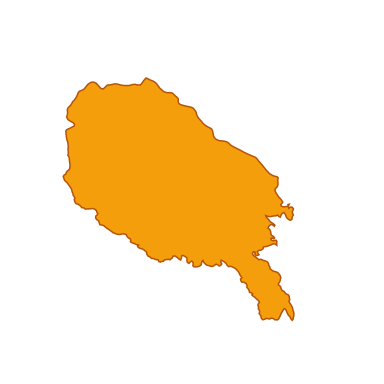 outline of Francisco Dumont, Minas Gerais, Brazil, rotated 118°
{"feature_id": "56859067B1416257735028", "entity_name": "Francisco Dumont", "entity_type": "district", "adm_level": 2, "iso_a3": "BRA", "parent_name": "Brazil", "parent_adm1": "Minas Gerais", "projection": "equal_earth", "projection_center": [-44.252, -17.434], "detail": "fine", "context": "isolated", "style": "filled", "palette": "amber", "viewbox_px": 384, "rotation_deg": 118, "n_neighbors": 0, "source": "geoboundaries", "source_scale": "gbopen_adm2", "svg_char_len": 6051}
<svg xmlns="http://www.w3.org/2000/svg" viewBox="0 0 384 384"><g transform="rotate(118 192 192)"><path d="M169.3,90.9L167.4,91.7L166.1,91.9L164.7,91.7L163.5,93.4L161.9,94.3L160.5,94.2L159.2,94.5L158.4,96.4L159.2,98.1L160.9,99.0L159.5,100.2L160.6,102.1L161.8,103.5L162.4,104.9L162.4,106.8L161.4,107.7L160.1,107.3L158.3,107.1L157.3,109.0L156.6,110.3L156.1,112.0L155.4,113.7L153.3,117.4L152.2,119.1L150.8,119.9L148.8,119.6L147.3,119.2L145.8,119.4L144.5,119.9L143.1,120.7L141.4,121.8L139.0,122.6L138.6,124.3L139.1,125.9L139.5,127.6L139.5,129.2L139.5,130.9L139.3,132.4L137.8,136.8L135.4,142.3L134.2,145.5L133.4,147.6L132.4,149.6L131.7,151.7L131.7,153.8L132.0,155.9L132.1,157.8L132.3,160.0L132.4,162.6L132.5,164.7L132.5,166.6L132.4,168.2L132.6,174.8L132.6,177.7L132.3,180.5L131.6,182.6L131.4,184.3L131.7,186.5L133.1,190.2L133.8,191.8L134.1,193.9L134.1,195.7L133.6,197.6L132.4,199.3L130.8,200.5L128.3,202.7L127.2,204.2L127.0,206.1L127.1,208.0L126.9,211.5L126.6,213.1L126.0,215.1L125.2,216.8L123.9,220.4L123.2,221.9L122.3,223.2L121.4,224.3L119.9,225.6L118.8,227.0L118.0,228.9L117.4,230.5L117.5,232.2L117.9,233.7L118.3,235.4L118.9,237.1L119.2,238.7L120.1,242.1L120.2,243.8L119.8,245.4L118.6,246.8L117.3,247.2L116.1,248.0L115.4,249.7L115.0,251.9L114.5,253.5L113.9,255.7L114.5,258.1L115.7,259.9L116.4,262.2L116.6,264.5L115.9,267.1L115.4,269.3L114.3,271.5L113.2,273.7L112.5,275.8L112.4,278.8L112.7,281.5L112.8,284.3L112.9,286.1L116.5,287.0L118.8,287.2L120.7,287.5L122.0,288.2L123.0,290.2L123.7,293.0L125.0,294.9L126.7,296.6L127.9,298.2L128.8,299.9L129.8,301.9L130.4,303.4L131.0,305.1L131.3,306.8L131.7,308.4L132.3,310.0L133.2,311.5L134.6,313.0L136.0,314.7L136.7,316.1L137.6,317.1L138.8,317.5L140.9,318.1L142.8,318.9L143.3,321.1L142.6,323.2L141.8,325.2L140.9,327.8L141.2,330.6L142.5,332.6L143.9,333.5L145.1,334.1L146.6,334.7L149.7,335.2L152.0,335.7L154.1,337.1L155.7,338.6L157.3,339.1L158.5,339.0L161.2,338.7L163.3,338.7L165.2,338.9L166.7,339.1L168.0,339.7L172.0,339.8L173.5,340.2L174.9,340.7L176.4,341.0L178.0,340.7L180.0,339.3L181.7,338.5L184.8,337.8L186.3,335.5L186.5,333.6L186.6,331.8L186.6,329.8L187.4,327.5L189.1,327.0L191.6,328.8L192.7,329.5L194.2,330.7L195.9,331.9L197.6,332.0L198.7,331.1L200.1,330.4L201.3,329.3L202.7,328.6L203.7,327.6L204.8,326.9L205.8,325.6L207.1,324.5L210.4,322.3L212.0,321.9L213.7,320.7L215.2,319.8L216.4,319.1L217.9,318.9L218.6,317.4L219.8,316.2L222.4,314.6L224.3,313.2L225.9,312.1L227.4,311.5L228.8,311.0L230.7,311.2L232.4,312.1L233.8,312.2L235.4,311.8L237.1,312.9L238.7,313.0L240.1,311.6L241.6,309.8L242.4,306.8L243.3,304.9L245.3,300.8L246.8,299.0L248.2,297.9L249.3,296.3L250.7,295.4L251.4,293.9L252.1,292.6L253.8,292.5L255.0,291.5L255.9,290.5L256.7,289.1L256.3,286.8L256.5,284.5L257.5,281.9L256.8,279.9L257.2,278.1L256.1,276.6L255.0,274.4L253.3,272.2L252.8,269.7L253.4,267.5L254.6,266.5L255.2,265.1L256.7,265.0L258.5,265.7L260.3,264.8L261.2,262.7L261.3,260.8L262.7,259.6L264.1,258.0L263.5,256.1L263.1,253.9L263.8,251.5L264.1,249.3L264.2,247.7L264.5,245.2L265.0,242.6L264.7,240.0L264.1,237.2L263.3,235.5L261.9,234.1L260.8,232.2L260.5,230.1L261.6,228.6L262.4,226.9L262.4,224.6L263.4,223.4L264.9,223.0L265.0,220.9L264.6,218.7L264.5,216.7L264.0,214.2L265.4,214.7L266.2,213.3L266.1,211.2L265.6,208.8L265.8,206.6L266.4,203.9L268.1,202.7L269.2,201.0L269.1,198.4L269.7,196.6L268.8,194.7L268.7,192.1L267.7,190.2L269.0,188.6L268.7,187.0L267.6,186.2L266.6,184.8L264.8,184.3L263.6,182.8L262.6,181.3L262.0,179.4L260.9,179.2L259.5,178.4L257.6,178.7L256.5,177.0L256.6,174.7L257.3,172.2L257.4,170.1L255.5,170.3L253.0,171.1L252.2,170.0L252.2,168.3L252.4,165.9L253.7,164.7L255.1,164.3L256.3,163.0L256.5,161.2L254.4,160.6L253.1,159.9L253.6,158.2L255.1,157.1L256.6,156.7L257.2,155.3L256.2,153.2L255.1,151.6L253.8,150.5L252.1,149.7L250.3,150.2L248.8,150.6L247.3,150.2L248.6,148.6L249.4,146.2L249.6,144.3L249.1,142.5L248.8,140.4L248.0,138.9L246.4,137.8L244.4,136.9L244.2,135.0L244.5,133.1L243.4,132.2L241.6,131.9L240.2,133.9L238.5,134.2L238.5,132.3L238.6,130.3L239.1,128.3L240.3,126.4L240.7,124.6L239.4,122.9L239.1,120.0L239.3,117.4L240.1,114.9L241.2,112.5L242.4,111.2L244.3,107.7L246.0,108.3L247.3,107.3L248.2,105.8L247.3,104.0L247.5,101.1L248.7,99.5L250.5,98.7L251.2,96.8L252.2,95.3L253.7,94.0L253.1,92.2L253.5,90.5L254.8,90.9L255.3,89.2L255.3,87.5L256.1,85.2L256.7,82.2L257.8,80.6L259.3,81.0L260.9,80.8L262.2,79.3L263.7,78.8L264.7,77.3L266.1,75.9L267.8,75.7L268.8,73.5L269.9,72.3L271.0,71.5L271.6,69.5L270.3,68.1L268.6,66.9L267.8,64.0L266.3,62.8L265.5,60.9L265.9,58.8L264.8,56.5L263.4,55.9L261.6,55.9L258.4,56.1L256.8,56.3L255.6,56.1L254.1,56.0L252.7,56.1L251.5,55.5L252.2,53.5L253.3,52.1L254.7,50.4L255.6,48.9L256.2,46.8L257.4,45.5L258.3,43.3L256.9,43.0L255.5,43.6L254.0,43.8L252.7,44.4L251.3,45.1L250.2,46.0L249.1,47.3L247.9,48.2L246.9,49.1L245.9,50.5L244.7,52.4L243.8,54.1L242.9,55.2L241.2,55.1L239.7,56.4L238.5,57.1L237.6,58.7L237.8,61.5L236.6,63.8L236.6,66.3L235.4,68.0L233.9,69.5L233.3,72.3L232.0,72.6L230.7,72.4L229.1,72.5L227.8,73.0L226.3,73.2L224.7,74.6L223.7,76.3L222.8,78.7L223.3,81.2L223.7,83.3L223.5,85.2L223.0,87.2L221.7,88.0L220.8,89.7L219.4,90.7L218.4,92.3L218.4,94.7L218.9,97.2L219.1,99.8L220.4,101.2L219.8,103.8L219.5,106.6L218.8,108.9L217.6,109.9L215.8,109.6L215.6,107.8L217.3,107.4L218.0,105.6L217.1,104.1L215.9,103.4L215.1,105.1L213.9,106.3L212.3,105.6L210.9,103.8L208.9,102.6L206.9,103.1L205.5,101.1L204.1,99.6L202.9,98.6L201.8,97.5L200.0,96.3L198.9,94.6L199.2,92.1L197.6,93.1L195.7,93.9L195.1,95.2L196.1,96.4L197.1,97.6L197.3,99.2L196.0,100.6L195.0,99.8L194.9,97.8L193.7,97.5L193.0,99.5L192.8,101.2L192.1,102.8L190.7,103.4L189.5,104.6L188.5,105.9L188.2,107.9L187.0,108.1L185.1,107.8L183.6,106.9L183.2,105.3L183.6,103.2L182.4,103.2L181.8,105.3L181.7,107.1L181.5,108.6L181.0,110.1L180.1,112.2L179.3,114.6L178.2,115.8L177.8,113.1L176.9,111.2L174.6,108.4L173.7,106.7L172.1,105.5L172.9,103.8L172.7,102.2L171.4,102.5L170.0,102.5L168.5,102.3L167.0,101.1L168.1,98.9L169.4,97.5L170.5,95.8L170.9,93.8L170.9,92.1L169.3,90.9ZM159.5,100.2L157.1,100.4L158.1,101.4L159.5,100.2Z" fill="#f59e0b" stroke="#b45309" stroke-width="1.5"/></g></svg>